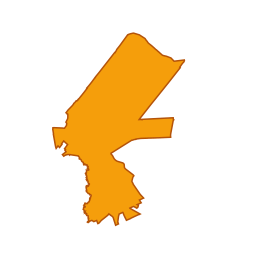 Meppel, Drenthe, Netherlands (Albers equal-area conic projection), rotated 59°
{"feature_id": "6326949B80809359603041", "entity_name": "Meppel", "entity_type": "district", "adm_level": 2, "iso_a3": "NLD", "parent_name": "Netherlands", "parent_adm1": "Drenthe", "projection": "albers", "projection_center": [6.225, 52.721], "detail": "fine", "context": "isolated", "style": "filled", "palette": "amber", "viewbox_px": 256, "rotation_deg": 59, "n_neighbors": 0, "source": "geoboundaries", "source_scale": "gbopen_adm2", "svg_char_len": 5692}
<svg xmlns="http://www.w3.org/2000/svg" viewBox="0 0 256 256"><g transform="rotate(59 128 128)"><path d="M187.7,211.3L188.5,210.9L188.5,210.3L188.2,208.6L188.2,208.3L188.3,207.9L188.6,206.6L188.9,206.3L190.2,205.8L190.6,205.6L190.7,205.3L191.1,202.5L194.4,203.1L194.6,202.2L194.4,201.5L194.3,201.0L193.5,198.6L192.5,191.1L192.3,190.0L191.8,188.7L192.3,188.6L192.3,188.4L193.6,187.8L193.8,187.9L195.4,187.1L196.2,186.9L197.0,186.8L198.2,187.1L205.0,188.7L205.3,185.6L204.4,185.5L204.5,185.4L203.2,185.1L198.7,181.5L197.9,180.6L197.2,180.0L197.6,176.1L197.7,175.9L197.9,175.9L199.2,176.1L199.5,176.2L200.9,176.4L203.7,176.7L203.8,176.6L206.3,176.9L206.9,172.5L206.9,172.2L206.8,171.9L207.1,169.3L207.1,169.0L207.7,163.4L207.9,163.2L208.0,161.9L197.9,167.7L197.6,167.7L197.8,165.7L198.1,163.7L198.4,163.4L201.2,161.8L201.1,161.5L201.2,161.2L200.9,160.2L199.6,158.9L198.4,159.6L198.9,155.2L195.6,155.3L196.1,150.7L192.4,151.5L190.7,151.8L190.3,151.8L190.3,151.7L190.3,151.8L188.8,151.9L178.9,152.5L178.1,152.3L175.8,152.2L175.6,152.1L172.8,149.3L172.6,149.0L172.1,147.8L171.8,147.5L171.2,147.7L170.8,147.7L161.9,151.2L161.2,151.4L160.4,151.4L159.8,151.3L157.4,150.1L156.6,150.0L156.0,150.1L155.2,150.5L151.0,154.3L150.0,154.9L148.7,155.4L147.1,155.7L143.4,155.5L142.6,155.7L141.8,155.9L140.9,155.6L140.6,143.1L140.4,131.1L140.6,130.8L140.9,129.7L141.0,128.9L141.8,127.0L141.6,126.8L143.5,122.4L146.5,117.0L147.2,115.6L147.8,114.6L149.1,112.3L149.9,110.9L151.8,107.4L152.1,106.9L157.9,96.2L156.2,95.3L155.1,94.5L145.0,85.5L144.7,85.0L144.6,84.6L144.2,84.8L142.5,84.0L127.4,112.3L127.5,112.3L127.4,112.4L126.5,114.1L126.2,113.5L124.8,109.8L119.5,95.9L117.4,90.1L109.4,68.5L103.2,52.2L102.6,52.4L100.9,48.6L100.5,47.5L100.2,46.3L100.2,46.2L99.8,45.7L99.4,45.0L98.7,44.7L94.5,54.1L90.1,55.1L86.8,57.7L86.0,58.4L85.0,59.5L83.4,61.0L79.6,62.2L78.1,62.6L77.7,62.9L77.3,62.9L75.7,63.4L75.1,63.7L70.4,65.1L65.8,66.8L65.1,66.9L63.2,67.0L62.4,67.2L60.3,67.3L59.9,67.4L54.0,70.3L49.6,74.3L49.3,74.9L48.5,77.3L48.0,79.5L48.0,79.8L48.3,80.7L48.3,80.9L48.2,80.9L53.2,92.7L54.8,97.0L55.5,98.1L55.7,98.3L56.4,99.8L56.7,100.2L56.4,100.4L65.7,124.7L67.2,128.9L67.9,130.6L68.0,130.5L68.7,132.5L69.8,135.1L71.6,139.9L72.5,142.7L72.9,142.5L75.2,148.4L78.0,156.0L77.8,156.0L78.5,158.0L78.0,158.4L78.9,160.8L78.9,161.3L78.9,161.6L79.1,162.1L79.5,162.4L80.2,164.4L81.6,169.8L83.0,173.3L85.1,172.5L85.3,173.0L85.7,172.9L86.1,173.0L88.3,174.4L89.0,175.0L91.0,178.2L92.4,178.1L94.1,179.4L95.5,182.6L94.2,184.3L89.7,191.1L89.1,192.2L89.7,192.5L90.0,193.0L94.5,194.8L94.7,195.1L105.4,199.2L107.1,199.8L108.5,200.1L107.3,197.2L109.5,196.7L108.0,193.0L107.4,193.1L106.0,189.8L111.1,188.3L113.0,192.9L113.3,192.8L113.3,193.0L114.3,192.7L114.5,193.5L116.5,193.4L117.0,197.9L119.1,197.6L119.0,196.3L119.1,195.5L119.3,194.7L119.2,194.7L119.6,193.6L119.9,193.0L120.7,191.8L121.2,191.9L121.1,191.3L121.2,191.0L121.5,190.8L126.3,185.0L126.8,185.1L127.5,184.9L128.3,184.8L128.6,185.0L129.1,185.6L129.5,185.7L129.8,185.4L129.9,185.0L130.8,184.6L131.2,184.6L132.3,184.8L133.0,184.7L133.7,184.5L134.4,184.0L134.7,184.1L135.5,184.5L136.7,184.9L136.9,184.8L136.8,184.6L136.3,184.0L136.3,183.9L136.9,183.4L137.3,183.6L137.9,183.3L138.0,183.1L138.2,182.3L138.5,182.1L139.1,182.0L139.5,182.2L139.6,182.4L139.6,182.6L139.9,182.6L140.5,182.4L140.7,182.1L141.0,182.3L141.5,182.9L141.5,183.1L141.4,183.5L141.5,183.6L141.8,183.4L142.4,182.9L142.6,182.9L143.7,183.2L143.8,183.4L143.7,183.5L143.4,184.2L143.0,184.4L143.0,184.7L143.0,185.1L142.7,185.3L143.6,185.7L143.9,185.9L144.2,186.3L144.5,186.6L145.0,186.7L145.0,186.8L144.8,187.2L144.9,187.8L145.0,187.9L145.3,187.9L145.4,187.5L145.5,187.4L146.0,187.5L146.3,187.7L146.6,188.2L147.3,187.9L148.1,188.3L148.6,188.4L148.7,188.5L148.8,189.1L149.3,188.8L149.8,189.1L150.3,189.4L150.5,189.6L150.3,189.9L150.4,190.0L150.5,190.2L150.8,190.3L151.0,190.2L151.3,189.5L151.6,189.8L151.8,190.2L151.9,190.3L152.1,190.0L152.3,189.7L152.8,189.9L153.2,189.7L154.2,190.4L155.2,190.4L155.4,190.3L155.6,190.0L156.0,189.9L156.2,190.0L156.5,190.4L156.6,191.4L156.6,191.5L156.9,191.7L157.2,191.6L157.3,191.7L157.4,191.9L157.4,192.1L157.1,192.3L156.3,192.5L156.2,193.4L156.3,193.7L156.5,193.7L156.8,193.6L156.9,194.0L157.0,194.3L157.5,194.0L157.9,194.5L158.4,195.0L159.0,195.2L160.1,195.4L160.1,195.7L160.1,196.0L160.3,196.2L161.3,196.4L161.7,196.2L162.2,195.9L163.6,195.9L163.8,195.8L164.3,195.1L164.6,194.9L164.8,194.9L165.5,195.2L165.8,194.6L166.5,194.2L166.8,194.3L167.6,195.1L167.8,195.4L167.9,195.8L168.3,196.1L168.3,196.7L168.4,196.8L168.8,196.5L169.1,197.0L169.0,197.4L169.1,197.5L169.3,197.6L169.7,197.5L169.8,197.5L170.1,198.0L170.5,198.4L170.7,198.9L171.2,199.2L171.2,199.4L171.1,199.8L171.2,200.5L171.7,201.5L171.8,202.0L171.7,202.1L171.4,202.2L171.1,202.9L170.8,203.1L170.5,203.2L170.2,203.6L170.3,203.8L170.8,203.9L171.1,204.1L171.1,205.0L171.4,205.3L172.0,205.4L172.0,205.6L172.0,205.8L172.0,206.0L172.5,205.9L172.7,205.7L173.1,205.6L173.2,205.3L173.2,205.2L173.4,205.2L173.6,205.4L173.7,205.7L173.6,205.9L173.5,206.1L173.1,206.4L173.1,206.5L173.5,207.2L173.9,207.4L174.7,208.3L175.0,208.1L175.6,208.1L175.8,208.0L176.3,208.1L176.6,207.9L176.8,207.8L177.0,208.0L177.1,208.6L177.3,208.8L177.4,208.7L177.5,208.1L177.7,208.5L177.8,208.6L178.2,208.2L178.3,208.3L178.4,208.7L178.5,208.8L178.5,208.7L178.6,208.4L178.8,208.2L179.6,208.2L179.8,207.8L179.8,207.6L180.1,207.5L180.3,207.7L180.5,208.1L180.5,208.4L181.3,208.3L181.8,208.4L182.0,208.2L182.2,207.6L182.9,207.4L183.4,207.8L183.7,207.9L184.1,208.0L184.5,208.6L184.9,208.6L185.4,208.4L185.5,208.5L185.6,208.8L185.8,209.0L186.8,209.3L187.1,209.3L187.6,209.5L187.5,210.1L187.4,210.6L187.7,211.3Z" fill="#f59e0b" stroke="#b45309" stroke-width="1.5"/></g></svg>